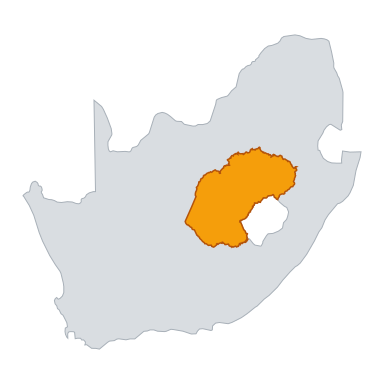 South Africa, with Free State highlighted
{"feature_id": "ZAF-1206", "entity_name": "Free State", "entity_type": "Province", "adm_level": 1, "iso_a3": "ZAF", "parent_name": "South Africa", "parent_adm1": "", "projection": "natural_earth1", "projection_center": [27.438, -28.674], "detail": "fine", "context": "in_parent", "style": "filled", "palette": "amber", "viewbox_px": 384, "rotation_deg": 0, "n_neighbors": 0, "source": "natural_earth", "source_scale": "10m", "svg_char_len": 9559}
<svg xmlns="http://www.w3.org/2000/svg" viewBox="0 0 384 384"><path d="M283.9,36.5L295.0,34.9L300.0,35.8L306.0,38.4L311.6,39.4L321.1,38.4L324.4,38.9L327.0,39.8L328.9,41.2L331.5,51.7L333.8,63.0L333.7,66.6L334.0,68.1L336.7,72.8L337.7,75.8L339.2,78.2L342.6,90.3L343.0,92.4L342.7,121.5L341.3,125.0L341.8,129.6L340.2,130.2L330.9,124.3L329.2,124.6L326.5,126.8L324.0,130.2L322.9,133.1L318.1,140.9L317.7,145.9L318.1,150.2L319.7,150.4L320.8,153.4L323.3,158.3L327.6,161.5L331.6,162.9L337.3,163.2L341.7,163.1L341.5,159.8L342.6,151.0L350.0,152.1L361.0,151.8L360.1,157.5L356.0,170.6L353.3,185.4L350.0,192.8L348.1,195.9L342.7,201.3L339.9,203.1L337.6,203.7L328.4,214.7L325.0,220.0L321.9,227.7L318.9,231.9L314.4,241.0L306.7,254.3L300.2,263.1L297.3,265.6L295.3,266.7L290.2,271.8L282.9,280.0L277.4,287.2L269.1,295.4L264.3,299.0L257.1,306.1L255.2,307.2L247.1,313.7L241.3,317.7L232.0,322.4L228.2,323.7L219.4,322.5L215.6,323.1L212.6,325.9L212.3,329.9L211.0,330.5L202.8,328.7L199.5,329.0L197.5,331.1L196.0,333.8L191.3,334.0L183.0,331.2L173.2,329.5L170.9,329.3L166.2,331.3L164.5,331.6L157.6,331.2L153.8,329.9L150.1,329.9L147.3,331.0L143.9,331.3L134.8,338.9L130.1,338.9L126.0,339.8L118.7,338.8L116.6,339.2L114.4,340.6L109.5,341.1L107.6,342.3L99.4,349.1L96.0,348.4L91.6,348.3L86.7,344.7L84.8,344.9L85.3,343.8L85.4,341.9L83.6,339.9L81.7,340.0L80.6,338.3L77.6,338.2L75.2,338.7L74.6,332.3L73.5,331.7L70.5,331.6L69.1,331.8L68.4,332.3L67.7,333.8L67.8,338.2L66.7,337.0L65.5,334.3L65.0,331.5L65.3,328.1L67.5,326.8L66.8,322.6L63.1,315.3L61.0,313.7L59.2,309.9L57.5,308.6L56.8,305.9L55.1,303.8L54.4,300.5L55.3,298.6L56.7,297.5L58.2,299.2L59.9,298.5L62.4,296.1L63.8,292.5L63.8,286.6L63.3,283.0L61.0,273.5L60.0,271.3L55.3,264.6L49.7,255.5L42.6,241.2L39.2,232.6L33.8,215.3L29.3,205.5L23.7,196.4L23.0,195.8L23.8,194.7L26.6,192.5L27.9,192.0L28.6,192.2L29.3,191.7L29.9,190.2L30.3,187.0L31.5,183.6L32.7,182.1L35.2,181.2L37.1,182.4L38.0,183.7L38.3,185.3L39.2,186.1L40.5,186.1L41.5,187.1L42.1,189.2L42.1,190.7L41.3,191.6L41.4,192.9L42.5,194.4L43.6,197.8L48.8,199.5L51.7,199.7L54.5,200.6L57.2,202.1L61.4,202.5L67.3,201.7L72.2,202.0L76.1,203.5L78.9,203.8L80.6,202.8L81.3,201.5L81.1,199.8L81.9,198.6L83.8,198.2L85.4,196.9L86.5,194.7L89.2,192.9L93.4,191.6L95.5,191.6L94.0,100.2L101.6,106.5L103.4,109.4L107.3,118.0L111.2,128.6L111.9,133.6L111.8,134.8L108.0,141.7L107.9,145.1L108.4,149.1L109.3,151.1L110.5,151.8L113.1,150.8L117.3,151.8L125.2,151.4L129.1,151.9L130.1,151.6L131.0,150.7L132.0,148.3L132.9,147.5L136.6,146.5L138.2,145.1L140.8,140.3L148.6,133.9L149.4,132.4L154.2,117.2L155.7,115.0L157.9,113.5L162.2,112.4L164.8,113.0L167.5,114.3L170.6,116.6L175.3,120.7L176.8,121.3L181.5,121.5L184.3,124.3L193.0,126.1L195.5,126.0L198.1,124.5L202.6,124.6L207.3,123.5L210.2,120.9L215.7,104.2L216.3,100.5L217.0,99.5L221.5,97.6L227.0,96.2L228.1,95.4L231.6,90.8L236.1,86.9L239.2,73.6L241.3,70.4L242.5,69.1L243.3,69.1L244.5,68.2L246.0,66.6L247.8,65.6L249.9,65.2L251.2,64.1L251.8,62.3L252.9,61.5L254.4,61.5L255.3,61.0L255.5,59.8L258.9,56.9L258.9,55.7L260.9,52.9L264.7,48.5L268.3,46.0L271.6,45.5L277.8,43.2L280.0,41.0L281.5,38.1L283.9,36.5ZM273.0,233.4L278.5,231.1L282.5,228.1L283.5,222.7L286.6,219.4L287.7,216.3L288.6,212.0L286.8,207.5L284.3,206.2L279.7,202.3L277.7,199.7L274.9,197.5L273.0,194.9L269.8,195.7L264.9,197.8L261.9,199.8L259.3,202.1L254.7,203.8L250.4,211.2L249.0,212.8L245.7,218.2L240.8,220.8L240.7,221.8L242.3,226.2L244.5,230.5L246.9,234.1L246.8,236.3L247.6,238.0L249.7,239.2L253.3,243.7L255.0,245.1L260.4,246.1L261.2,245.9L262.7,243.2L262.9,241.4L266.5,235.6L268.1,233.8L273.0,233.4Z" fill="#d9dde1" stroke="#a8b0b8" stroke-width="1"/><path d="M277.7,199.6L277.4,199.4L276.5,199.2L276.3,199.0L275.7,197.8L275.4,197.6L274.5,197.5L274.3,197.2L274.1,196.2L273.8,195.3L273.2,194.6L272.8,194.6L271.7,195.5L268.4,195.8L268.0,196.0L267.6,196.4L267.0,197.4L266.6,197.8L266.2,198.0L265.3,198.0L264.9,197.8L263.5,198.0L263.3,197.9L262.2,199.6L261.3,200.6L260.5,201.7L260.4,202.3L259.7,202.3L259.4,202.2L259.0,201.7L258.6,201.6L258.3,201.8L257.8,202.9L257.3,203.2L254.9,203.0L255.1,203.4L254.4,203.9L254.4,204.5L254.2,205.1L253.9,205.0L253.3,205.9L252.7,206.2L253.2,206.9L252.8,207.1L252.7,206.9L252.5,207.1L252.6,207.7L252.2,208.6L251.0,210.1L250.4,210.4L250.3,210.7L250.5,211.8L250.3,212.0L249.2,212.3L248.9,212.5L248.8,213.5L248.6,213.8L248.0,214.2L247.9,214.3L248.2,214.8L248.2,215.1L247.1,216.4L246.9,216.8L246.8,217.2L246.7,217.3L246.2,217.3L245.8,218.2L245.0,218.7L243.4,219.4L242.8,219.4L242.3,219.7L241.4,220.6L241.2,220.5L241.1,220.2L240.9,220.2L240.5,220.9L240.3,220.6L240.1,220.6L239.9,220.8L239.9,221.2L239.7,221.9L240.7,222.6L241.3,223.6L243.7,229.6L244.1,230.1L245.1,231.0L245.4,231.5L245.6,232.7L246.0,233.4L246.2,233.5L246.9,233.5L247.4,233.7L247.4,234.0L247.1,234.3L246.7,235.5L246.7,236.2L247.2,237.5L247.1,237.9L247.4,237.9L246.8,238.1L247.2,239.1L247.6,239.0L247.9,239.3L247.6,239.8L246.7,239.7L246.3,239.9L246.3,240.3L246.9,240.9L246.5,241.2L245.7,240.9L245.5,241.1L245.6,241.3L246.1,241.7L245.7,242.3L245.3,242.4L244.8,242.4L244.6,242.1L244.4,242.0L243.9,242.2L243.5,242.6L242.7,242.6L242.3,242.6L242.4,243.2L242.0,243.6L240.8,243.2L239.9,243.4L239.6,243.6L239.8,243.8L240.2,244.3L240.3,244.7L240.2,244.9L239.4,244.8L239.0,244.9L238.6,245.2L238.4,245.7L238.5,246.2L238.3,246.4L237.2,246.5L236.9,246.9L236.6,247.0L236.3,246.8L235.7,246.2L235.2,246.2L234.6,246.6L233.9,246.7L233.6,247.0L233.2,247.0L232.9,246.8L232.1,247.1L232.2,246.7L231.9,246.5L230.5,246.5L229.3,245.8L229.0,245.6L228.9,244.8L228.3,244.1L225.6,244.6L225.0,244.6L224.7,244.2L224.6,243.7L223.4,243.2L222.8,242.3L222.2,242.2L222.1,242.4L222.1,242.9L222.0,243.3L221.5,243.2L220.5,242.9L219.0,243.5L218.0,244.3L217.4,243.7L217.1,243.6L216.6,244.0L216.7,244.7L216.5,245.0L214.7,246.5L213.7,247.1L213.1,247.0L212.4,246.6L211.7,246.4L211.6,246.2L211.5,245.5L211.3,245.2L210.7,245.2L208.4,245.4L207.7,244.9L206.9,244.2L206.2,243.7L204.8,243.7L204.6,243.3L204.4,242.9L204.1,242.5L203.3,242.0L202.6,241.5L201.5,240.1L199.7,238.4L199.4,237.2L198.4,236.7L198.1,236.4L197.7,235.5L197.3,235.4L196.9,235.2L194.8,230.7L194.4,229.9L192.5,229.4L192.0,228.9L191.7,227.6L191.5,227.4L190.7,227.2L190.1,226.8L189.1,225.6L188.3,225.5L188.0,224.8L187.3,224.8L187.0,224.7L186.6,224.3L185.7,223.0L185.5,222.6L185.4,221.7L185.2,221.4L191.6,207.0L196.0,196.6L196.0,196.3L195.7,196.0L195.4,195.6L195.3,194.9L195.4,193.3L195.7,192.0L196.3,190.9L196.8,189.1L196.8,188.3L196.4,187.8L196.4,187.5L196.5,187.2L196.9,186.9L197.5,186.3L198.1,185.1L198.7,183.3L198.8,182.1L199.0,181.8L199.6,181.9L199.9,181.6L200.6,180.3L200.5,179.9L201.1,178.6L201.5,178.5L202.0,178.5L202.4,178.0L202.7,177.8L203.5,176.6L203.4,176.0L203.7,175.8L204.0,175.3L204.2,175.1L204.9,175.1L205.3,174.9L207.1,173.2L208.4,172.8L208.8,172.5L209.2,172.7L209.4,172.6L210.0,172.3L210.4,171.8L211.7,172.3L212.7,171.3L214.9,170.0L215.3,169.9L215.5,170.0L216.1,170.7L216.4,171.0L217.3,171.0L218.9,171.3L219.0,171.5L219.4,173.2L219.7,173.4L220.2,173.3L220.4,173.2L220.1,172.1L220.1,171.9L220.6,170.8L221.1,170.1L222.9,168.2L223.5,168.0L223.7,167.8L223.6,167.3L223.8,166.6L224.1,166.1L224.6,165.8L225.2,165.7L225.7,166.0L226.0,165.4L226.4,165.1L227.0,165.2L227.4,165.3L229.5,165.3L229.6,165.2L229.3,164.9L228.4,164.7L228.3,164.3L228.4,163.8L228.6,163.4L229.0,163.3L229.0,161.8L228.6,161.3L227.9,160.6L227.4,159.9L227.9,159.4L229.1,159.0L229.9,158.0L230.2,158.0L230.7,158.2L231.0,157.9L230.9,156.8L231.9,155.6L232.2,155.5L233.3,155.9L233.5,155.1L234.2,154.4L235.0,154.0L235.3,153.7L235.8,154.1L236.2,153.6L236.6,153.4L237.9,154.4L237.8,152.8L237.9,152.4L238.2,152.2L238.4,152.4L238.9,153.2L239.6,153.6L240.5,153.8L242.5,153.7L243.0,153.6L243.1,154.3L243.3,154.5L243.7,154.3L244.5,153.7L245.4,152.6L245.9,152.1L246.5,152.0L246.8,152.1L247.4,152.8L247.7,152.9L249.2,152.5L249.5,152.4L250.1,151.4L250.3,150.1L250.6,149.8L251.4,149.7L251.3,149.1L251.6,149.0L252.0,149.0L252.3,148.7L252.8,149.7L254.6,149.5L255.0,150.0L255.4,149.9L255.5,149.3L256.3,148.9L257.8,148.7L258.7,147.6L259.3,147.2L259.6,147.3L260.1,148.0L259.8,148.4L260.0,149.0L261.1,151.0L262.1,151.5L263.0,152.5L263.4,152.1L263.7,152.1L263.9,152.7L264.3,153.1L265.5,152.9L266.9,153.8L268.3,153.9L268.5,154.1L268.7,154.7L269.0,155.1L269.6,154.8L269.8,154.6L270.2,154.7L270.8,155.3L270.9,155.6L271.5,155.9L271.5,156.1L271.2,157.0L271.5,156.9L272.7,155.8L273.7,155.7L273.7,155.4L273.3,155.1L273.2,155.0L273.0,154.8L273.6,154.4L274.6,154.8L276.1,156.0L276.7,156.2L277.1,156.5L277.8,156.3L278.2,156.6L278.4,156.6L279.0,156.0L279.5,155.7L279.9,155.4L280.6,155.4L281.5,156.1L282.0,156.3L282.0,157.3L282.4,157.8L282.9,158.9L283.1,159.3L283.4,159.4L283.7,159.0L284.0,159.0L285.1,159.1L286.0,159.8L286.6,160.1L287.0,160.4L287.7,160.7L287.6,161.2L287.8,161.5L288.1,161.5L288.7,161.3L289.0,161.3L289.9,161.8L290.2,162.3L290.4,163.1L290.7,163.5L290.8,164.0L291.4,164.8L291.9,165.2L291.8,165.7L291.9,166.0L293.6,168.2L293.9,168.2L294.5,167.8L295.0,167.8L295.1,167.1L295.4,166.8L296.2,166.7L296.6,166.8L295.7,167.3L295.6,167.5L295.5,168.5L296.4,168.9L296.6,169.4L296.7,170.3L296.5,170.6L295.3,171.3L294.8,172.0L294.8,172.4L295.2,173.1L295.3,173.3L295.2,174.8L295.3,175.1L295.5,175.4L295.6,175.7L295.3,176.3L295.0,177.3L294.5,178.2L294.4,179.6L293.9,180.4L293.6,181.3L293.5,181.6L293.7,182.0L294.3,182.6L294.5,183.0L294.6,183.4L294.5,184.2L294.3,184.5L293.5,185.3L292.8,186.6L291.3,186.8L290.8,187.0L289.0,189.3L287.7,189.9L286.9,191.0L285.9,191.2L285.4,191.4L285.0,191.9L284.6,192.5L284.8,193.3L284.5,193.7L283.5,194.1L282.6,193.9L281.5,194.1L280.1,194.7L279.3,195.7L279.2,196.8L278.5,197.5L277.7,199.6Z" fill="#f59e0b" stroke="#b45309" stroke-width="1.5"/></svg>